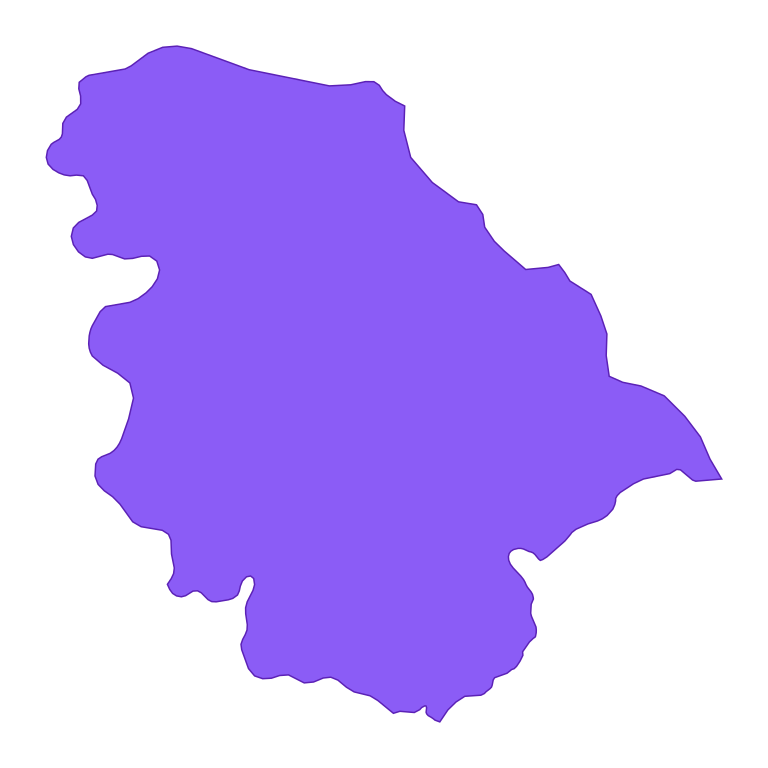 map outline of Jammu and Kashmir (Mercator projection)
{"feature_id": "IND-2431", "entity_name": "Jammu and Kashmir", "entity_type": "Union Territory", "adm_level": 1, "iso_a3": "IND", "parent_name": "India", "parent_adm1": "", "projection": "mercator", "projection_center": [75.016, 33.537], "detail": "fine", "context": "isolated", "style": "filled", "palette": "violet", "viewbox_px": 768, "rotation_deg": 0, "n_neighbors": 0, "source": "natural_earth", "source_scale": "10m", "svg_char_len": 3328}
<svg xmlns="http://www.w3.org/2000/svg" viewBox="0 0 768 768"><path d="M262.7,678.7L254.6,675.9L248.5,668.6L241.7,649.7L241.0,644.3L242.7,639.4L245.2,634.7L247.0,630.1L247.3,624.7L245.7,613.7L245.6,607.8L247.2,601.8L253.0,590.4L254.6,584.6L253.7,578.5L250.6,576.0L246.5,576.8L242.4,581.0L240.3,586.2L239.3,590.9L237.5,595.0L232.8,598.4L228.3,599.8L216.3,601.8L211.7,601.6L208.0,599.6L201.3,592.8L197.5,590.8L193.0,591.1L185.6,595.7L181.4,596.8L176.5,595.9L172.6,593.4L169.7,589.4L167.4,584.3L169.6,581.1L169.8,580.7L171.2,578.7L173.6,573.6L174.3,568.0L171.5,554.0L171.0,540.3L168.5,534.3L162.3,530.3L141.1,526.7L132.7,521.8L120.0,504.2L112.6,496.7L104.3,490.8L98.1,484.4L95.0,476.0L95.7,464.0L98.0,459.2L101.7,456.7L110.2,453.3L114.0,450.5L117.0,447.2L119.5,443.3L121.6,438.8L128.6,418.9L133.5,398.1L129.9,383.0L117.7,373.2L103.1,365.3L92.3,356.0L90.4,352.2L89.2,348.2L88.7,343.9L89.2,335.9L89.9,332.4L90.9,328.9L92.3,325.7L100.2,311.6L105.5,306.6L130.0,302.3L138.0,298.7L146.0,292.9L152.2,286.7L157.4,278.8L159.6,270.0L156.8,261.1L149.6,256.0L141.4,256.3L132.7,258.4L124.6,258.9L112.5,254.5L107.9,254.2L92.3,258.3L85.3,256.9L78.5,251.9L73.4,244.6L71.3,236.4L73.3,228.0L78.7,222.4L92.3,215.1L96.6,211.0L97.2,205.4L95.5,199.4L92.3,194.2L87.2,180.5L83.4,175.8L76.5,175.1L70.1,175.8L64.2,174.9L58.7,172.8L53.0,169.4L48.1,164.1L46.3,157.4L47.5,150.5L51.2,144.3L53.6,142.5L59.3,139.3L61.3,137.1L62.4,133.8L62.8,123.4L66.4,117.1L77.3,109.3L80.7,103.8L80.6,96.0L78.8,88.8L79.2,82.3L85.9,76.8L89.0,75.3L125.1,69.0L131.1,65.9L148.1,53.2L162.7,47.3L177.1,46.1L191.5,48.6L249.1,69.7L329.4,85.9L350.7,84.8L365.5,81.6L373.9,81.7L376.5,83.4L379.3,85.3L382.6,90.5L386.3,94.6L395.3,101.3L404.7,106.0L403.8,130.3L410.7,157.4L432.3,182.5L458.5,201.8L476.5,204.8L482.8,214.5L484.7,227.2L494.3,241.3L504.2,251.0L516.0,261.1L525.7,269.5L548.1,267.4L558.7,264.5L564.8,272.6L569.9,281.0L591.1,294.4L600.9,316.0L606.9,334.0L606.2,355.6L609.2,376.3L622.7,382.3L641.0,386.0L664.3,395.9L684.8,416.3L700.4,436.9L710.0,459.1L721.7,479.0L695.7,481.2L692.5,480.0L680.4,469.8L676.7,469.4L669.8,473.6L643.5,479.0L633.6,483.7L620.2,492.5L617.2,495.6L615.7,498.3L615.6,501.0L614.8,504.6L612.8,509.2L607.1,515.5L602.3,518.8L597.5,521.0L588.0,523.9L576.1,529.2L571.8,532.5L570.4,534.5L564.9,541.0L546.9,556.9L542.8,559.5L540.3,560.4L538.6,559.0L534.9,554.4L533.0,552.8L531.1,552.0L529.0,551.5L523.5,549.0L520.9,548.4L518.1,548.4L513.6,549.5L510.9,551.2L509.2,553.4L508.4,556.6L508.7,560.2L510.3,564.1L513.1,567.9L520.9,576.2L523.5,579.5L525.0,582.2L526.0,584.6L527.3,587.0L531.1,591.9L532.5,594.4L533.2,597.3L533.4,599.0L531.2,604.2L530.7,613.3L531.5,616.4L536.0,627.0L536.3,630.0L536.2,632.8L535.5,636.4L535.0,637.2L533.3,638.3L529.4,642.0L522.6,651.8L522.9,655.3L520.1,661.0L518.4,663.6L516.5,666.4L514.1,668.7L511.7,669.5L507.1,673.2L494.6,677.7L493.2,680.0L492.2,685.1L491.5,687.1L490.1,688.6L486.1,691.7L484.4,693.5L480.9,695.2L464.8,696.3L456.0,702.0L447.9,709.9L439.8,721.9L434.9,720.1L433.4,718.8L431.2,717.3L428.2,715.6L426.7,713.9L426.1,712.3L426.6,707.7L426.0,706.0L424.9,705.8L421.7,707.5L419.7,709.7L414.3,712.5L399.9,711.3L393.4,713.3L377.8,700.5L370.1,695.8L354.1,691.9L346.4,687.2L337.9,680.1L330.8,677.2L323.3,678.0L313.6,682.0L304.2,682.9L288.5,674.9L279.7,675.5L271.5,678.2L262.7,678.7Z" fill="#8b5cf6" stroke="#5b21b6" stroke-width="1.5"/></svg>